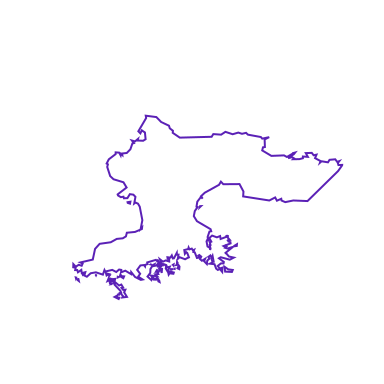 Camarines Sur, Camarines Sur, Philippines (Mercator projection), rotated 150°
{"feature_id": "2640588B57655195310467", "entity_name": "Camarines Sur", "entity_type": "district", "adm_level": 2, "iso_a3": "PHL", "parent_name": "Philippines", "parent_adm1": "Camarines Sur", "projection": "mercator", "projection_center": [123.465, 13.694], "detail": "fine", "context": "isolated", "style": "outline", "palette": "violet", "viewbox_px": 384, "rotation_deg": 150, "n_neighbors": 0, "source": "geoboundaries", "source_scale": "gbopen_adm2", "svg_char_len": 6153}
<svg xmlns="http://www.w3.org/2000/svg" viewBox="0 0 384 384"><g transform="rotate(150 192 192)"><path d="M184.3,128.2L183.5,130.1L183.7,129.9L184.4,130.2L184.2,130.1L185.2,130.8L185.1,132.0L185.9,131.7L185.3,132.2L183.2,131.5L184.1,135.9L190.7,137.0L189.7,139.8L193.1,140.3L196.4,144.2L200.0,143.5L200.1,139.3L201.8,139.4L202.7,136.0L202.9,138.1L204.3,133.6L205.3,132.8L204.4,134.5L205.8,137.1L204.1,142.0L202.6,143.0L202.4,142.0L202.0,141.7L201.0,145.2L196.7,149.0L195.0,148.4L194.5,150.5L202.3,164.2L202.5,170.2L199.1,174.1L194.7,176.2L195.4,177.1L192.2,181.0L187.8,182.8L186.2,182.5L186.0,182.0L186.4,183.8L181.3,185.0L165.0,184.7L161.8,186.5L161.0,183.1L146.9,175.1L147.2,166.7L149.9,162.6L129.3,146.0L122.7,145.7L122.8,142.0L118.1,141.5L118.7,139.8L116.3,136.6L108.5,134.0L96.5,126.4L55.0,137.1L48.7,140.0L48.4,140.4L51.7,142.1L51.2,144.2L49.0,145.1L51.2,145.5L51.6,148.7L56.8,151.1L59.4,149.7L64.4,153.8L66.5,153.4L65.2,154.5L68.5,159.8L65.5,162.1L68.3,163.0L68.7,166.0L74.0,168.8L74.1,164.5L78.2,167.3L79.1,165.8L82.6,166.8L88.0,169.8L86.8,170.1L87.9,172.1L91.8,173.2L87.0,173.9L86.6,174.9L92.3,174.9L94.0,177.7L105.2,183.6L110.4,192.9L108.2,195.2L106.4,194.5L102.8,201.2L97.7,200.9L104.5,203.1L104.9,205.2L114.9,213.7L115.6,216.2L119.6,217.4L122.2,220.3L127.9,221.7L133.0,227.4L138.1,227.1L144.6,231.5L147.4,230.0L175.4,245.2L179.1,252.9L177.9,254.6L179.4,258.2L178.8,260.9L183.7,268.0L185.4,274.7L193.9,281.2L194.7,279.0L208.1,271.4L207.4,268.6L204.7,270.5L203.0,267.1L205.8,260.9L208.7,260.8L213.4,263.8L212.2,265.0L216.0,264.3L218.3,266.6L217.9,263.4L219.4,263.8L224.0,259.8L229.0,258.4L233.3,260.3L233.9,258.8L234.6,260.7L235.5,259.5L235.4,262.5L238.3,264.5L239.2,263.0L247.7,261.9L251.7,259.3L251.0,258.0L252.9,256.1L254.9,246.7L253.6,242.3L246.5,234.7L246.4,228.6L257.6,227.1L257.8,226.0L256.2,223.1L253.7,222.2L254.1,220.6L251.0,219.0L246.9,221.2L244.1,219.0L243.4,216.1L247.8,210.9L246.2,211.1L244.6,208.9L244.6,205.4L249.1,192.4L255.0,185.6L253.0,186.2L253.9,185.0L261.3,185.9L268.8,189.3L271.4,186.6L275.1,186.5L280.6,189.0L287.5,189.1L297.9,193.3L304.4,191.2L311.7,183.1L323.9,186.8L322.5,184.7L324.4,183.3L326.5,185.6L330.0,185.4L330.8,188.9L332.5,186.2L330.6,184.6L332.2,182.8L330.4,181.8L330.9,179.5L326.8,179.9L328.0,176.9L324.5,175.9L327.0,173.5L325.4,171.2L320.4,172.3L315.4,170.5L310.5,165.0L306.8,168.2L306.9,166.5L300.0,164.4L297.6,160.6L293.9,161.3L292.2,159.9L293.5,157.9L289.1,157.2L285.8,151.3L284.7,153.0L283.8,146.9L280.3,141.5L278.5,140.9L280.9,145.6L277.8,147.1L278.4,152.0L273.4,154.2L270.2,152.8L269.9,151.0L269.3,151.8L269.5,152.3L269.4,152.4L266.6,151.8L266.0,153.4L257.2,151.3L256.8,149.6L255.8,150.1L255.6,149.9L255.9,147.4L253.9,146.8L253.4,149.7L252.0,146.2L249.0,145.9L246.5,143.2L245.2,145.5L246.5,146.3L245.9,147.8L243.5,146.0L241.2,147.2L241.8,144.0L240.8,143.6L235.6,146.9L236.4,145.3L235.0,144.5L237.7,141.2L235.3,141.7L231.6,137.2L227.5,137.1L227.5,136.0L226.6,141.6L227.1,142.8L229.1,142.0L227.7,145.6L223.8,144.5L222.7,145.6L222.9,143.6L220.5,143.1L220.4,141.0L219.0,140.9L220.8,139.4L219.8,138.3L220.7,132.4L218.1,131.4L218.3,133.7L217.2,133.8L216.3,131.4L218.6,129.8L217.8,127.5L214.0,127.6L216.1,126.0L215.2,122.2L213.0,125.0L210.2,125.6L210.3,127.6L207.8,127.9L208.0,125.2L206.1,126.5L207.9,121.3L208.9,122.6L209.4,120.7L212.4,121.0L208.6,118.2L209.4,113.6L208.6,111.6L206.4,111.4L205.8,107.7L203.5,111.3L206.2,111.9L206.7,115.1L202.6,115.7L200.4,114.4L199.4,115.5L201.8,121.1L199.7,121.1L193.1,114.5L188.6,114.3L192.3,117.7L193.1,122.2L194.3,122.4L183.8,124.0L189.5,125.3L191.2,127.1L189.2,127.6L189.5,129.0L190.5,128.7L191.5,129.0L191.7,129.4L184.3,128.2ZM266.2,133.7L264.8,133.6L265.2,135.5L267.6,134.7L269.4,140.2L264.3,136.5L264.9,139.1L262.2,137.8L261.9,140.2L263.2,140.9L261.6,141.8L260.9,139.5L259.3,140.4L258.0,140.1L258.7,137.1L256.4,140.4L258.8,142.0L256.6,142.8L258.9,144.5L257.6,146.9L259.8,146.2L262.1,147.0L260.6,148.2L262.4,148.3L266.5,146.1L268.6,142.8L272.8,141.0L271.2,136.1L269.8,137.5L269.0,135.3L266.2,133.7ZM300.8,133.7L300.9,139.1L298.6,140.7L300.5,141.6L301.0,144.1L299.4,143.7L299.5,147.2L301.9,147.5L303.5,151.9L305.4,150.5L303.4,142.3L303.7,140.2L304.7,140.5L303.8,136.3L305.1,135.5L300.8,133.7ZM197.4,102.8L195.7,104.1L199.3,106.9L201.2,111.0L203.1,106.5L197.4,102.8ZM252.9,135.4L248.6,138.4L251.3,139.1L250.8,141.6L252.3,143.4L251.4,140.7L253.0,138.9L252.9,135.4ZM249.0,130.5L248.0,131.4L252.4,135.6L253.5,132.1L252.1,132.8L249.0,130.5ZM308.9,153.5L305.3,156.9L307.0,158.7L308.9,153.5ZM294.6,151.7L293.0,152.9L295.1,154.4L295.2,156.4L296.5,155.2L294.6,151.7ZM309.0,136.0L307.9,136.8L309.4,138.0L308.6,139.7L311.5,139.8L309.0,136.0ZM253.8,143.0L253.0,144.0L256.6,146.4L257.2,144.9L253.8,143.0ZM241.6,131.6L240.1,133.7L240.2,135.0L242.7,133.2L241.6,131.6ZM251.5,212.9L250.2,214.4L252.9,215.4L253.1,214.7L251.5,212.9ZM307.7,162.4L305.0,162.5L307.1,164.6L307.7,162.4ZM86.7,173.7L84.9,173.8L82.9,174.6L85.2,175.2L86.7,173.7ZM180.2,122.9L179.2,124.3L182.5,124.2L182.7,123.9L180.2,122.9ZM303.5,153.6L302.0,155.2L303.8,156.0L304.3,154.9L303.5,153.6ZM309.7,157.1L307.8,156.9L308.3,158.2L309.7,157.1ZM334.5,171.5L333.9,173.4L334.8,173.8L335.1,173.0L334.5,171.5ZM265.1,130.3L264.7,131.6L265.3,132.5L265.8,131.4L265.1,130.3ZM305.4,152.6L304.2,152.7L304.5,154.5L305.4,152.6ZM248.9,135.1L246.9,134.6L248.9,135.8L248.9,135.1ZM305.3,155.4L304.5,155.9L305.0,156.6L305.3,155.4ZM242.0,136.6L240.9,136.2L241.0,136.9L242.0,136.6ZM327.9,175.1L326.6,175.6L327.8,175.7L327.9,175.1ZM182.4,135.3L183.5,136.6L184.3,136.7L184.5,136.2L182.4,135.3ZM305.7,160.7L304.6,161.1L305.1,161.7L305.7,160.7ZM306.8,140.2L306.6,139.6L305.9,140.1L306.8,140.2ZM246.3,134.6L245.5,134.0L245.3,134.3L246.3,134.6ZM192.1,175.7L192.9,174.9L191.3,175.3L192.1,175.7ZM240.6,137.9L239.9,137.9L239.9,138.9L240.6,137.9ZM186.5,182.3L186.1,181.0L186.1,181.7L186.5,182.3ZM244.9,138.5L244.8,137.8L244.2,138.5L244.9,138.5ZM308.4,152.7L307.9,152.5L306.9,153.3L308.4,152.7ZM316.8,167.8L315.9,168.4L316.8,168.1L316.8,167.8ZM263.8,149.7L263.0,150.0L264.0,149.9L263.8,149.7ZM335.6,175.4L335.1,175.8L335.4,176.1L335.6,175.4ZM299.1,155.1L298.1,155.0L298.7,155.7L299.1,155.1Z" fill="none" stroke="#5b21b6" stroke-width="2"/></g></svg>